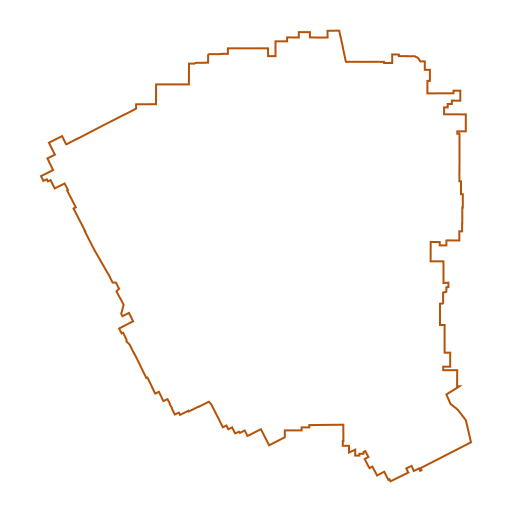 Cunderdin, Western Australia, Australia
{"feature_id": "25037944B27165515239628", "entity_name": "Cunderdin", "entity_type": "district", "adm_level": 2, "iso_a3": "AUS", "parent_name": "Australia", "parent_adm1": "Western Australia", "projection": "albers", "projection_center": [117.202, -31.613], "detail": "fine", "context": "isolated", "style": "outline", "palette": "amber", "viewbox_px": 512, "rotation_deg": 0, "n_neighbors": 0, "source": "geoboundaries", "source_scale": "gbopen_adm2", "svg_char_len": 5353}
<svg xmlns="http://www.w3.org/2000/svg" viewBox="0 0 512 512"><path d="M376.3,61.8L370.7,61.8L367.8,61.8L366.2,61.8L363.2,61.9L360.2,61.8L357.9,61.8L355.5,61.8L352.6,61.8L351.4,61.8L349.1,61.8L348.0,61.8L347.8,61.8L346.2,61.9L346.0,61.6L345.9,61.5L345.8,61.1L345.7,60.8L345.6,60.5L345.5,60.0L345.4,59.5L345.2,58.5L344.8,56.7L344.5,55.2L344.1,53.6L343.7,51.7L343.0,48.1L342.1,43.6L341.5,41.3L341.2,39.4L340.4,36.3L339.7,33.1L339.3,30.8L339.2,30.8L339.2,30.7L336.5,30.7L334.1,30.7L327.5,30.8L327.5,31.0L327.6,37.5L324.1,37.5L323.9,37.5L321.4,37.5L320.9,37.5L315.1,37.5L309.9,37.4L309.9,32.1L298.8,32.1L298.8,37.5L287.1,37.4L287.1,41.3L275.5,41.3L275.5,56.1L268.1,56.1L268.0,48.3L227.9,48.3L227.9,53.8L222.4,53.8L222.4,54.0L216.6,54.2L212.2,54.1L209.3,54.2L209.1,54.2L208.9,54.2L208.7,54.3L208.4,54.5L208.2,54.8L208.1,55.1L208.1,55.3L208.1,56.8L208.1,58.8L208.1,61.6L208.1,62.7L205.9,62.7L202.8,62.8L200.3,62.8L196.0,62.8L195.9,62.8L195.7,62.9L195.5,63.0L195.0,63.3L194.6,63.4L194.5,63.5L194.4,63.5L194.2,63.6L193.5,63.6L190.8,63.6L189.0,63.6L188.9,84.4L186.4,84.4L169.1,84.4L168.5,84.4L156.1,84.4L156.0,104.2L136.1,104.3L136.1,108.6L125.0,114.4L124.9,114.3L118.4,117.6L114.6,119.6L107.0,123.4L102.7,125.6L77.8,138.6L77.7,138.4L66.7,144.2L66.3,144.2L66.2,144.2L66.1,143.9L65.9,143.9L62.1,136.1L48.9,142.7L54.9,154.7L47.4,158.4L53.1,170.1L41.0,176.1L43.4,180.9L46.8,179.3L47.9,181.4L50.6,180.1L54.7,188.4L63.2,184.2L64.6,183.5L68.0,190.0L67.1,190.5L75.8,207.3L73.6,208.4L73.5,208.5L85.2,231.2L84.8,231.3L94.7,250.6L98.3,256.8L100.7,261.0L109.4,276.1L112.6,282.6L113.9,282.6L115.7,282.5L116.1,282.8L118.9,288.4L118.9,288.7L119.0,288.8L118.7,289.0L117.9,289.8L117.7,290.1L116.5,291.4L119.9,297.9L120.1,298.0L123.6,304.8L121.2,313.8L122.4,316.2L129.0,312.9L133.1,321.3L131.9,321.9L124.5,325.7L119.1,328.5L121.6,333.4L123.1,332.7L126.6,339.8L126.3,341.2L129.7,344.7L131.6,348.6L134.4,354.1L134.5,354.0L137.6,360.1L138.1,361.1L143.6,372.5L145.9,377.1L146.3,378.0L147.4,377.5L149.7,382.1L153.0,389.0L152.9,389.0L155.2,393.6L158.9,391.8L163.4,401.1L167.4,399.1L167.5,399.1L169.8,403.6L169.7,404.2L171.9,407.9L171.8,408.3L172.3,409.4L173.3,411.5L174.3,413.6L174.5,413.9L174.8,414.5L178.9,412.6L180.0,414.9L188.3,410.8L188.7,411.5L198.6,406.6L198.7,406.8L208.9,401.7L211.3,404.4L217.4,416.5L217.6,416.6L222.8,427.3L226.4,425.5L228.3,429.3L232.1,427.4L235.1,433.4L235.7,433.3L238.8,431.8L239.2,431.8L239.3,431.9L239.9,432.9L244.7,430.5L247.5,436.0L260.9,429.2L265.5,438.2L266.5,440.1L269.1,445.3L269.3,445.2L284.7,437.3L284.8,437.2L284.8,432.8L284.8,430.4L301.6,430.4L301.6,427.4L309.3,427.4L309.3,425.1L326.5,424.9L343.3,424.7L343.4,441.0L342.8,441.0L342.8,445.8L349.0,445.8L349.0,452.5L349.5,452.3L355.0,449.8L355.2,449.7L355.2,455.6L359.4,455.6L359.4,453.8L363.5,453.8L363.6,453.7L363.6,452.0L365.3,451.1L368.4,457.0L364.7,459.0L365.7,461.1L367.2,463.8L367.3,464.0L367.3,464.3L369.5,468.1L372.4,466.6L377.1,475.5L384.2,471.7L388.4,479.9L389.5,479.3L390.5,481.3L397.2,478.0L401.8,475.8L405.1,474.1L408.3,472.6L408.2,472.5L406.3,468.4L411.5,465.9L411.9,466.6L413.3,469.9L413.8,471.0L419.1,468.4L419.8,469.9L420.2,470.8L421.5,470.2L421.4,469.8L421.3,469.5L421.1,469.3L421.0,468.9L420.8,468.5L420.7,468.1L470.8,442.4L471.0,442.3L470.8,441.6L470.6,440.6L470.2,438.9L469.8,437.1L469.1,434.1L468.7,432.5L467.7,428.2L467.2,425.8L466.7,423.8L466.1,421.3L465.9,420.3L465.8,420.2L465.4,419.6L464.1,417.9L462.6,416.0L460.9,413.7L459.9,412.5L458.8,411.0L458.0,409.9L457.7,409.7L456.1,408.3L454.1,406.8L452.1,405.2L451.0,404.4L450.8,404.2L450.7,404.1L450.5,403.9L450.4,403.7L450.1,403.0L449.6,401.8L447.2,396.3L446.4,394.5L446.4,394.4L448.1,393.4L449.3,392.6L451.5,391.3L453.7,389.9L456.0,388.5L457.5,387.5L459.4,386.3L457.1,386.3L457.2,370.2L443.2,370.2L443.2,366.7L450.2,366.7L450.2,352.7L444.6,352.7L444.6,325.0L440.0,325.0L440.0,317.3L440.0,311.2L440.0,304.3L440.0,304.0L440.0,303.7L440.6,303.6L442.4,303.6L442.6,303.6L442.9,303.3L443.0,303.2L443.1,302.8L443.1,292.9L443.2,292.6L443.3,292.5L443.4,292.3L443.6,292.2L445.8,292.2L446.0,292.1L446.3,291.8L446.3,291.7L446.4,288.0L446.4,287.8L446.3,287.5L446.5,287.4L446.8,287.1L448.4,287.1L448.4,283.5L448.4,283.2L448.4,282.7L443.5,283.0L443.5,269.1L443.5,264.8L443.5,264.7L443.4,262.7L443.4,262.1L443.4,261.3L430.6,261.3L430.7,242.0L438.2,242.0L438.3,242.0L439.7,242.0L439.7,245.4L446.4,245.4L446.4,240.5L447.0,240.4L459.3,240.5L459.3,231.3L462.1,231.3L462.1,223.3L462.3,223.3L462.3,207.5L462.8,207.5L462.8,194.2L461.0,194.2L461.0,181.3L459.4,181.3L459.4,171.9L459.5,168.5L459.5,168.0L459.4,167.2L459.4,166.8L459.4,166.3L459.4,165.9L459.5,165.5L459.5,159.6L459.5,153.5L459.5,151.1L459.5,150.1L459.5,147.4L459.5,145.1L459.5,142.8L459.5,140.1L459.5,136.7L459.5,134.1L459.5,133.9L459.4,133.7L459.2,133.8L457.3,133.7L457.3,131.3L465.8,131.3L465.8,114.4L444.1,114.3L444.1,107.4L447.7,107.4L447.7,104.0L451.8,104.0L451.9,100.6L460.3,100.7L460.3,90.7L453.5,90.7L453.5,93.3L427.4,93.4L427.4,80.9L429.9,80.9L429.9,69.8L424.8,69.8L424.8,61.4L420.2,61.4L419.8,60.8L419.4,59.8L418.9,59.1L418.7,58.9L418.4,58.5L418.2,58.2L417.8,57.8L417.7,57.8L416.5,57.2L415.8,56.8L415.2,56.5L415.0,56.4L414.8,56.3L414.5,56.2L414.1,56.2L413.7,56.2L407.3,56.3L407.3,56.1L398.9,56.1L398.9,54.6L392.2,54.4L392.2,63.0L384.1,63.0L384.1,62.8L384.1,62.2L384.0,61.8L383.0,61.8L381.3,61.9L378.8,61.8L376.3,61.8Z" fill="none" stroke="#b45309" stroke-width="2"/></svg>